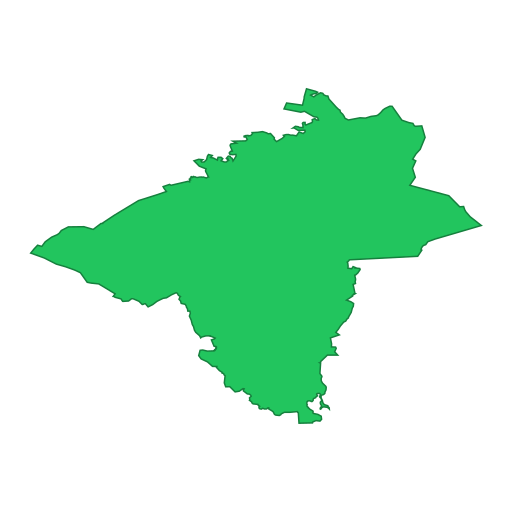 Stalbes pag., Pargaujas, Latvia
{"feature_id": "27541924B34232814184003", "entity_name": "Stalbes pag.", "entity_type": "district", "adm_level": 2, "iso_a3": "LVA", "parent_name": "Latvia", "parent_adm1": "Pargaujas", "projection": "robinson", "projection_center": [25.027, 57.415], "detail": "fine", "context": "isolated", "style": "filled", "palette": "green", "viewbox_px": 512, "rotation_deg": 0, "n_neighbors": 0, "source": "geoboundaries", "source_scale": "gbopen_adm2", "svg_char_len": 6080}
<svg xmlns="http://www.w3.org/2000/svg" viewBox="0 0 512 512"><path d="M327.9,96.0L326.1,95.9L323.6,94.8L323.6,94.4L322.7,93.3L320.5,92.8L316.1,95.1L313.8,96.9L310.6,95.1L311.9,94.4L314.5,93.6L315.0,93.7L316.6,93.1L317.6,92.2L315.6,91.3L306.5,88.8L304.2,96.8L304.1,98.6L302.5,105.2L286.6,103.0L284.0,108.9L300.8,112.2L304.5,111.3L313.8,116.7L316.8,117.1L317.9,118.2L318.5,120.1L316.4,120.0L314.9,118.6L312.2,119.6L312.5,121.7L311.9,122.6L305.8,125.0L305.1,124.1L305.1,122.4L303.3,122.4L302.6,123.0L302.4,123.6L302.9,124.7L303.0,127.6L299.4,127.4L298.2,126.7L295.4,126.3L293.0,128.0L294.0,127.9L298.2,130.4L304.9,130.2L305.2,131.7L303.2,133.5L299.1,132.0L296.4,135.8L292.6,135.1L290.9,135.2L288.3,134.5L285.9,134.6L283.4,135.3L284.4,136.4L282.2,138.4L276.6,141.6L274.1,139.2L274.4,137.8L270.5,133.5L268.2,133.8L266.7,132.9L262.5,131.6L257.8,132.3L252.1,132.6L252.5,133.5L251.0,135.4L248.5,135.9L248.1,135.4L245.5,135.6L244.0,136.2L244.2,137.0L245.9,137.0L247.3,139.5L245.7,140.9L232.9,141.2L236.5,143.2L231.0,143.9L230.4,144.6L230.1,145.4L230.4,146.4L232.3,151.1L230.5,151.3L229.2,153.0L229.8,154.2L232.4,154.7L235.9,154.4L236.1,156.2L233.0,161.0L232.1,158.3L230.7,157.5L230.1,156.3L228.3,156.1L226.4,158.3L228.1,159.0L227.4,159.7L228.6,160.3L226.3,162.0L224.3,162.0L221.1,160.8L222.8,158.7L221.1,157.3L218.1,157.3L217.6,158.5L217.4,160.1L213.3,158.0L210.6,157.5L212.3,155.5L208.5,154.5L207.4,156.2L206.6,159.6L204.1,162.0L201.8,162.1L201.0,161.0L202.7,159.7L198.7,159.3L194.0,160.8L199.3,166.2L206.1,168.9L205.5,170.6L205.7,171.5L208.5,176.9L208.0,176.9L206.5,178.0L203.1,177.0L202.2,177.3L201.7,177.0L199.5,177.1L197.4,177.5L195.9,177.3L195.4,176.9L194.0,176.9L193.7,176.5L192.6,177.4L191.9,176.6L191.1,176.7L191.0,177.1L191.4,177.1L190.8,177.7L191.0,177.8L190.5,178.1L190.5,178.4L190.1,178.5L190.2,179.1L189.4,179.3L189.8,180.0L190.1,180.1L189.7,180.3L189.8,181.0L189.3,181.3L189.4,181.8L188.1,181.3L170.9,185.3L169.6,184.4L163.1,186.6L164.0,188.3L166.4,191.5L157.5,194.6L138.5,200.6L114.7,215.0L102.9,222.8L102.8,223.4L101.0,223.5L93.2,229.4L83.9,226.7L68.3,226.9L61.3,230.5L59.2,233.3L57.2,234.7L51.7,237.1L45.3,241.7L41.8,246.4L37.6,245.2L34.1,248.9L30.7,253.1L44.3,258.0L56.3,264.1L65.7,266.8L74.3,269.9L80.4,272.7L87.2,282.3L91.2,283.1L98.7,283.9L115.1,293.8L113.2,296.4L113.9,296.5L115.1,297.3L121.0,298.9L122.6,301.3L122.9,301.4L128.6,301.0L131.6,298.7L133.2,298.8L139.0,301.3L142.1,304.4L142.8,304.5L144.4,303.8L145.4,303.7L148.1,306.9L152.7,304.6L156.9,301.4L159.4,300.1L163.2,298.3L166.5,297.8L171.5,294.8L176.1,292.7L177.3,293.3L178.5,295.4L180.4,296.5L179.9,297.0L179.0,299.3L180.5,300.9L181.2,303.4L185.1,304.3L186.1,305.7L186.6,307.6L187.4,308.5L187.8,311.1L189.9,311.2L190.3,313.3L189.4,316.1L191.2,320.1L192.3,324.5L193.5,326.6L194.5,330.3L195.8,332.4L199.6,335.7L200.7,337.9L201.5,337.1L205.8,335.9L209.9,335.8L209.8,336.1L211.6,336.5L215.2,338.1L214.3,339.0L211.4,339.9L214.1,346.3L216.1,346.5L216.5,347.0L216.4,347.6L215.9,347.4L215.9,347.7L216.2,348.3L215.9,348.4L216.1,348.9L215.2,349.3L215.1,349.8L214.8,349.8L214.9,350.3L214.3,350.3L213.6,350.7L213.7,350.9L207.3,351.1L202.7,350.0L200.1,350.3L198.7,355.6L201.1,358.9L207.5,361.9L212.5,366.4L216.8,366.5L216.4,367.3L219.4,370.6L222.1,372.3L222.0,373.0L223.6,373.6L224.2,375.0L225.1,375.7L224.3,382.9L225.7,386.8L229.8,386.7L235.1,391.9L239.3,391.2L243.0,388.6L244.1,388.8L243.4,390.1L243.4,390.9L247.3,393.9L249.6,394.2L250.8,395.3L251.2,396.3L249.5,397.8L249.8,400.0L249.5,400.3L251.5,401.8L252.3,403.4L253.2,403.9L257.9,404.4L258.0,405.0L259.6,406.2L259.1,406.5L258.9,407.0L259.3,408.5L259.9,408.8L261.4,409.1L262.7,408.3L264.6,409.0L266.7,408.9L267.6,408.0L268.7,407.8L268.9,408.1L268.6,408.7L268.8,409.0L271.7,410.7L273.2,411.8L274.5,414.4L275.8,415.1L279.3,415.5L280.8,414.7L281.2,413.9L284.4,412.3L290.0,412.3L297.3,411.6L297.6,412.3L298.3,412.8L299.0,423.2L312.5,422.9L312.7,422.1L312.9,421.9L316.0,420.6L320.0,421.1L321.6,419.3L321.2,416.2L317.9,414.4L313.7,413.5L312.9,412.9L313.1,411.5L312.9,411.0L309.7,409.1L309.0,408.3L308.2,407.8L308.3,407.4L307.2,406.5L307.0,406.0L307.0,404.9L307.2,404.7L306.8,404.0L306.9,402.0L307.9,401.0L308.8,400.8L310.3,400.9L311.2,401.5L312.1,401.5L313.1,400.5L313.2,399.2L313.7,398.5L315.6,397.7L315.9,397.0L317.5,395.8L316.6,394.3L316.7,393.9L317.3,393.5L319.6,393.4L320.1,393.8L320.3,395.1L319.6,396.4L319.7,397.0L320.9,398.2L321.7,400.3L321.3,401.1L320.3,402.2L320.4,403.8L321.5,405.7L321.5,406.3L320.2,408.1L320.2,409.0L320.7,409.2L321.8,407.6L322.5,407.4L323.0,407.0L324.0,406.9L327.1,407.3L328.5,408.1L329.3,409.0L329.2,407.8L327.8,406.2L327.8,405.7L324.8,404.8L323.9,404.2L322.8,402.6L322.4,400.6L321.1,397.9L321.1,395.3L323.5,394.6L324.8,393.5L325.0,392.0L326.0,389.9L326.2,387.4L325.9,386.4L322.5,383.1L321.4,381.1L321.2,380.1L321.2,378.3L321.9,376.8L321.9,376.2L319.9,373.5L320.6,363.2L319.8,362.8L320.6,362.6L320.6,361.6L327.4,355.1L337.7,355.1L334.7,351.8L336.2,348.3L335.6,347.1L331.4,346.9L331.6,343.9L330.4,337.9L339.3,334.9L335.8,332.4L338.4,329.1L340.3,326.1L343.7,322.1L345.7,321.1L346.9,319.1L348.4,317.9L348.5,317.1L351.2,312.4L352.3,308.1L353.3,306.3L353.6,303.5L350.8,301.7L346.5,300.1L352.6,296.1L352.3,295.4L355.3,293.6L354.5,293.4L354.9,293.1L353.1,284.4L355.5,283.5L355.1,281.5L355.4,280.8L355.6,279.1L354.7,275.2L355.6,275.0L357.8,273.0L360.1,269.6L359.8,268.5L355.2,268.0L355.5,267.6L353.1,266.6L351.7,268.7L347.9,268.2L348.1,266.1L347.7,262.8L347.2,262.1L348.8,260.8L349.4,259.8L417.7,256.3L421.8,250.2L421.0,249.8L421.4,248.2L422.6,246.2L424.1,245.2L425.7,244.7L427.8,241.7L434.9,239.1L481.3,225.5L470.1,216.7L465.8,211.7L464.7,209.7L463.6,206.5L459.7,206.8L448.8,195.7L409.8,185.3L415.3,177.3L412.5,168.3L415.8,160.9L412.7,159.2L416.0,153.9L420.2,149.3L425.1,137.4L421.8,125.9L415.4,126.3L414.2,125.7L412.9,123.4L408.9,122.6L401.9,120.2L392.1,106.3L389.8,106.2L385.2,108.4L383.0,109.9L380.7,112.6L378.1,114.9L376.4,115.7L371.0,116.4L365.5,118.1L360.0,117.8L348.4,120.0L345.0,118.3L344.1,116.3L342.7,114.2L340.5,112.2L339.9,110.1L338.7,109.5L336.2,107.1L328.9,99.0L327.9,96.0Z" fill="#22c55e" stroke="#15803d" stroke-width="1.5"/></svg>